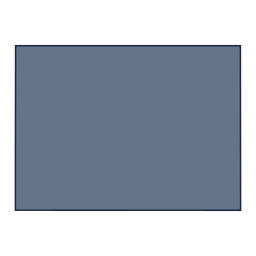 Bremer, Iowa, United States of America
{"feature_id": "52423323B90792041725693", "entity_name": "Bremer", "entity_type": "district", "adm_level": 2, "iso_a3": "USA", "parent_name": "United States of America", "parent_adm1": "Iowa", "projection": "equal_earth", "projection_center": [-92.397, 42.775], "detail": "fine", "context": "isolated", "style": "filled", "palette": "slate", "viewbox_px": 256, "rotation_deg": 0, "n_neighbors": 0, "source": "geoboundaries", "source_scale": "gbopen_adm2", "svg_char_len": 198}
<svg xmlns="http://www.w3.org/2000/svg" viewBox="0 0 256 256"><path d="M15.4,210.2L240.6,210.3L240.4,45.7L15.6,45.7L15.4,155.6L15.4,210.2Z" fill="#64748b" stroke="#1e293b" stroke-width="1.5"/></svg>